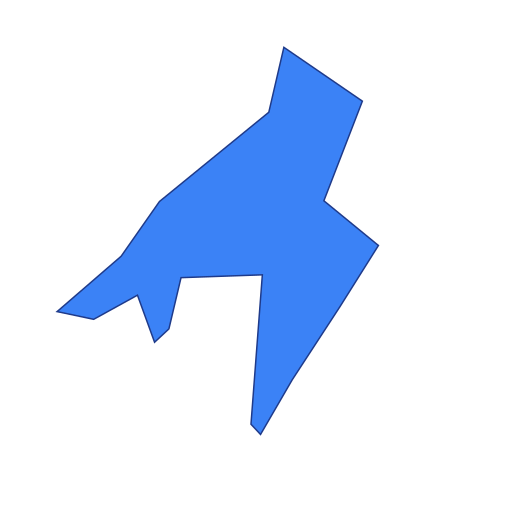 map outline of Kowloon City (Albers equal-area conic projection), rotated 47°
{"feature_id": "HKG-5158", "entity_name": "Kowloon City", "entity_type": "state/province", "adm_level": 1, "iso_a3": "HKG", "parent_name": "Hong Kong S.A.R.", "parent_adm1": "", "projection": "albers", "projection_center": [114.191, 22.32], "detail": "fine", "context": "isolated", "style": "filled", "palette": "blue", "viewbox_px": 512, "rotation_deg": 47, "n_neighbors": 0, "source": "natural_earth", "source_scale": "10m", "svg_char_len": 408}
<svg xmlns="http://www.w3.org/2000/svg" viewBox="0 0 512 512"><g transform="rotate(47 256 256)"><path d="M371.2,313.8L389.6,374.4L375.6,374.4L274.1,264.2L220.7,325.6L249.9,369.4L249.9,389.0L203.8,369.4L191.6,417.9L161.0,439.4L164.2,354.8L150.3,289.4L154.0,233.3L159.6,148.6L122.4,93.3L215.3,72.6L261.9,168.7L331.8,159.3L350.3,229.1L371.2,313.8Z" fill="#3b82f6" stroke="#1e3a8a" stroke-width="1.5"/></g></svg>